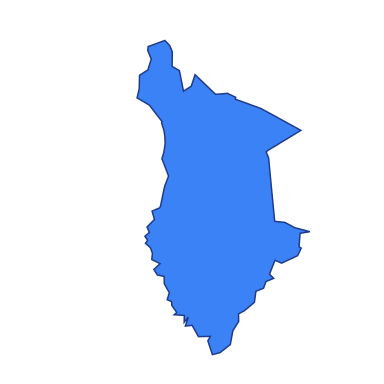 the district of Richland, South Carolina, United States of America, rotated 38°
{"feature_id": "52423323B12098340912267", "entity_name": "Richland", "entity_type": "district", "adm_level": 2, "iso_a3": "USA", "parent_name": "United States of America", "parent_adm1": "South Carolina", "projection": "equal_earth", "projection_center": [-80.92, 34.006], "detail": "fine", "context": "isolated", "style": "filled", "palette": "blue", "viewbox_px": 384, "rotation_deg": 38, "n_neighbors": 0, "source": "geoboundaries", "source_scale": "gbopen_adm2", "svg_char_len": 1298}
<svg xmlns="http://www.w3.org/2000/svg" viewBox="0 0 384 384"><g transform="rotate(38 192 192)"><path d="M239.8,76.4L214.1,80.6L194.8,83.8L169.0,92.2L168.1,90.5L159.1,92.5L150.5,100.5L122.2,97.7L126.3,109.1L123.2,117.8L107.3,104.1L99.0,105.3L90.1,93.6L84.0,90.2L77.3,89.3L67.9,104.4L70.0,107.7L78.1,112.4L82.1,123.1L79.0,131.5L78.9,132.5L86.7,142.9L90.8,151.7L104.9,149.8L120.5,153.8L124.9,154.9L125.5,156.3L131.7,160.5L136.0,164.5L140.7,170.0L141.9,171.8L145.5,178.3L147.8,184.3L163.7,193.8L167.0,204.5L175.8,222.4L176.3,224.3L172.3,231.7L179.3,236.7L178.1,247.3L183.3,250.1L182.2,255.9L186.7,257.3L186.9,261.1L193.5,261.5L198.5,264.6L201.9,270.0L211.0,268.1L209.6,276.5L215.8,278.7L222.0,275.7L226.7,281.4L236.1,285.3L238.8,292.2L243.3,290.9L246.0,293.9L254.2,296.3L253.5,299.7L261.9,294.0L266.0,299.4L266.1,292.9L269.3,301.7L274.2,297.0L286.1,302.0L295.3,294.5L296.2,299.6L308.2,307.6L313.0,301.3L316.1,288.6L309.6,276.2L308.5,265.3L303.7,259.4L306.4,253.2L309.1,240.5L303.5,230.9L307.6,223.7L305.4,217.1L309.5,209.7L303.7,209.1L299.4,194.7L306.4,192.9L314.4,177.2L312.6,169.0L310.1,169.3L302.6,158.0L309.3,150.7L295.2,156.8L283.9,158.8L275.2,164.2L256.5,144.5L241.8,129.0L231.4,118.0L225.7,114.7L226.2,112.5L234.9,89.5L239.8,76.4Z" fill="#3b82f6" stroke="#1e3a8a" stroke-width="1.5"/></g></svg>